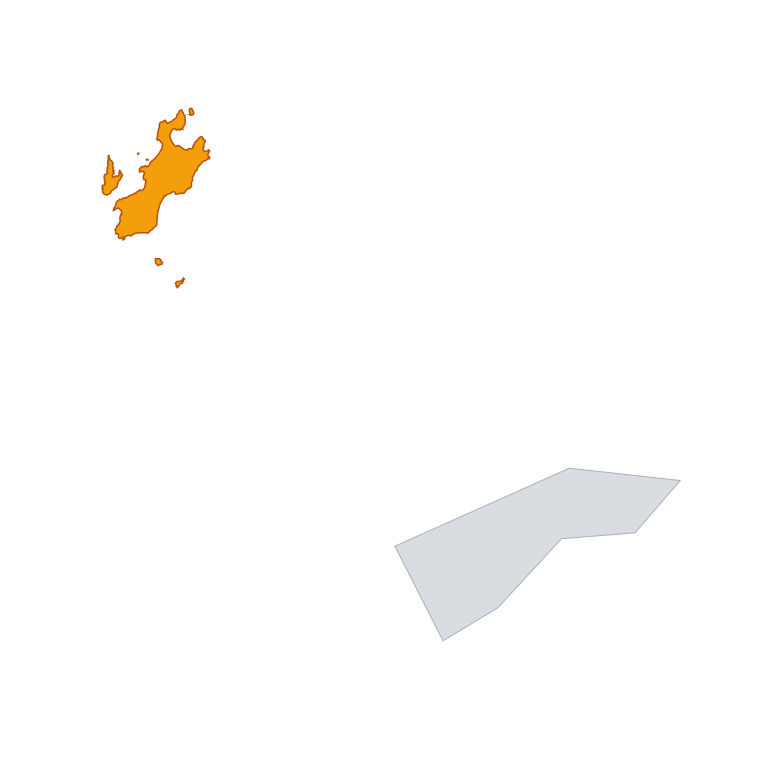 Praslin, Baie Sainte Anne, Seychelles (highlighted), rotated 278°
{"feature_id": "34574756B43978553392406", "entity_name": "Praslin", "entity_type": "district", "adm_level": 2, "iso_a3": "SYC", "parent_name": "Seychelles", "parent_adm1": "Baie Sainte Anne", "projection": "mercator", "projection_center": [55.728, -4.319], "detail": "fine", "context": "in_parent", "style": "filled", "palette": "amber", "viewbox_px": 768, "rotation_deg": 278, "n_neighbors": 0, "source": "geoboundaries", "source_scale": "gbopen_adm2", "svg_char_len": 6166}
<svg xmlns="http://www.w3.org/2000/svg" viewBox="0 0 768 768"><g transform="rotate(278 384 384)"><path d="M326.4,579.2L329.6,690.7L271.6,653.3L255.5,581.3L178.1,527.7L137.9,478.2L224.9,417.4L326.4,579.2Z" fill="#d9dde1" stroke="#a8b0b8" stroke-width="1"/><path d="M518.6,92.0L517.7,91.5L518.7,92.8L519.4,93.1L519.7,93.5L520.5,94.0L520.2,94.4L520.3,94.9L521.2,96.0L521.2,96.4L520.9,97.2L519.2,99.6L517.9,100.3L517.0,100.3L516.2,100.0L515.7,100.4L515.3,100.0L515.1,100.3L513.4,99.3L513.0,99.5L510.5,99.4L508.7,100.4L507.0,99.4L504.9,99.1L503.4,97.5L501.5,97.3L499.3,96.4L499.1,96.1L498.2,96.9L495.6,97.3L495.3,98.1L495.9,98.8L495.5,99.6L494.6,100.4L492.3,100.5L491.3,101.8L491.6,103.1L492.9,104.3L492.8,104.7L491.7,105.9L490.7,105.0L490.4,105.1L490.5,105.6L491.7,106.9L491.8,106.0L492.7,106.1L494.3,107.7L495.0,109.0L496.0,111.9L495.6,112.0L495.5,112.9L496.6,114.2L497.2,114.4L498.9,117.4L500.2,123.2L500.0,123.5L500.5,125.8L500.4,128.8L501.1,129.8L503.0,131.1L505.0,133.2L507.4,134.7L508.5,136.1L510.2,136.9L513.6,136.5L521.6,136.0L524.3,136.2L524.6,136.0L525.1,136.4L531.3,137.2L536.7,139.2L538.8,140.4L539.1,140.2L539.0,140.5L539.4,141.0L541.7,143.2L543.4,146.6L544.0,146.4L544.2,146.6L544.2,147.1L544.8,147.9L545.2,149.0L545.0,150.1L542.9,151.2L543.0,152.3L544.3,155.0L544.3,155.9L544.9,157.0L544.9,157.4L544.6,157.3L544.8,158.7L545.5,159.7L546.3,160.3L547.8,160.7L548.3,161.2L549.2,161.5L550.1,162.8L550.6,163.1L550.4,163.4L550.8,163.7L550.7,164.2L551.5,165.1L553.1,165.8L557.0,165.3L558.7,166.0L559.7,166.0L561.9,165.5L564.3,166.5L568.4,167.5L569.4,169.0L570.1,169.2L570.5,169.0L574.0,170.1L574.2,170.6L575.7,171.2L575.8,171.6L576.7,172.3L577.9,172.8L579.9,174.8L580.7,176.7L583.0,178.1L582.5,178.7L582.6,179.6L584.1,179.9L584.1,179.3L586.9,177.4L587.5,177.6L588.3,178.2L590.5,179.0L591.0,178.4L590.9,177.9L591.4,177.6L590.0,176.1L589.2,174.1L590.9,172.1L591.8,171.8L593.8,172.6L597.1,172.3L598.8,173.1L599.7,173.1L600.6,172.8L600.8,172.5L600.7,171.2L601.7,171.1L601.8,170.6L603.6,169.3L603.2,168.0L601.5,166.2L599.8,165.3L596.6,162.9L596.1,162.7L595.0,162.9L594.7,162.6L594.4,162.9L593.7,162.4L593.7,162.0L592.0,161.7L591.5,162.0L590.8,161.7L590.4,161.1L589.9,157.8L589.1,157.0L588.4,157.2L588.1,156.8L588.5,153.3L591.6,147.5L591.2,146.9L591.4,146.2L590.2,144.9L591.6,142.8L593.2,141.2L596.3,138.8L596.3,139.0L598.3,137.9L600.8,137.1L601.0,137.5L602.3,137.8L605.0,138.1L607.0,139.5L607.5,140.3L607.4,141.8L607.1,141.9L606.7,143.0L607.1,143.3L607.0,143.7L607.3,143.8L607.5,144.4L607.1,145.3L607.6,146.2L607.1,146.5L608.4,147.7L608.2,148.2L608.6,148.8L608.5,149.1L609.1,148.7L609.3,149.1L610.6,149.2L611.4,149.9L611.6,149.7L613.4,150.6L614.7,150.7L616.4,150.3L617.3,150.6L619.2,150.1L619.4,150.5L619.4,149.8L619.8,149.7L621.8,149.7L622.4,149.3L622.8,148.2L625.0,147.4L625.2,146.7L627.3,145.3L626.4,143.9L625.5,143.2L623.5,142.8L622.2,141.7L619.1,141.3L616.6,139.2L616.1,138.2L615.0,137.8L613.1,135.0L612.1,132.6L613.0,132.1L614.7,130.7L614.1,129.3L613.2,129.1L611.9,126.1L610.2,125.5L608.3,125.4L607.5,125.9L603.7,125.1L602.3,125.2L599.9,125.0L596.6,125.2L595.5,124.8L593.7,125.7L593.7,126.2L594.8,127.3L593.7,128.5L592.7,129.0L591.5,131.0L590.5,131.3L586.7,131.4L580.1,128.8L575.7,126.0L571.0,121.8L568.3,121.2L566.2,119.7L566.0,118.5L566.8,118.0L567.0,117.5L566.8,116.9L565.6,115.5L565.6,115.0L565.9,114.7L565.6,113.8L564.8,113.4L564.5,112.9L564.1,113.0L563.2,112.3L561.8,111.9L560.0,112.4L559.9,113.1L561.0,114.4L560.7,115.4L561.0,115.8L559.9,117.5L559.5,117.6L558.9,117.2L558.3,117.4L556.7,116.7L553.2,117.4L552.8,117.9L553.1,119.3L552.0,120.0L544.8,119.6L541.7,117.1L541.5,116.7L542.4,115.2L542.3,114.9L541.6,114.7L539.6,112.3L538.6,111.7L537.8,109.8L537.5,109.8L536.7,108.8L535.2,105.7L533.3,104.0L532.4,102.1L531.9,101.8L532.1,101.2L531.7,99.5L530.3,98.6L529.8,97.7L530.2,96.7L530.0,96.4L528.3,94.9L526.2,93.5L525.3,93.6L522.9,93.2L520.7,92.2L519.6,91.9L518.6,92.0ZM540.1,77.3L539.9,77.8L539.3,78.0L538.1,77.7L538.1,78.4L537.7,78.7L536.1,78.3L533.6,79.4L533.5,80.0L532.7,81.2L532.9,82.1L532.6,83.3L532.8,83.4L533.1,84.3L535.3,86.8L537.0,86.9L538.7,88.5L538.8,89.0L539.3,89.2L540.2,90.2L541.3,91.9L542.1,91.8L543.0,92.3L545.1,92.3L547.9,93.0L548.4,93.2L548.8,93.9L550.5,94.2L550.9,94.8L552.9,95.0L553.2,95.6L553.9,96.0L554.2,95.8L554.0,95.5L554.5,95.6L555.6,95.3L555.8,94.3L556.4,93.6L556.8,93.5L557.0,93.8L557.2,93.6L558.0,93.7L558.0,92.8L557.7,92.6L558.1,92.4L557.1,92.2L556.6,92.6L555.9,92.2L555.1,92.6L553.3,92.5L552.8,91.3L552.5,89.0L551.0,87.4L551.5,86.3L552.0,85.9L552.6,86.0L554.5,86.8L554.9,87.4L556.4,86.0L556.9,86.1L556.9,86.3L557.3,86.0L557.8,86.0L557.9,86.7L558.1,86.4L559.7,85.4L560.3,85.9L561.1,86.0L561.2,85.4L562.4,84.6L563.4,84.8L564.2,85.2L564.8,85.2L567.0,83.3L567.6,81.9L568.4,81.6L569.9,80.3L570.7,80.0L571.9,80.0L571.9,79.4L571.2,79.1L570.6,79.6L569.5,79.3L567.9,79.7L566.7,79.3L566.0,79.8L564.3,79.5L564.0,79.8L564.0,80.1L563.5,80.3L560.8,80.2L559.8,79.7L557.8,80.3L557.3,79.8L556.1,80.3L555.5,80.1L554.9,81.1L554.1,80.8L553.2,79.6L552.5,79.5L552.5,79.0L552.8,78.9L552.3,78.2L550.5,77.9L550.0,78.3L548.0,78.4L546.2,79.2L545.9,79.1L545.7,79.5L545.2,79.5L544.9,80.0L544.4,80.0L543.7,79.6L543.3,80.1L541.9,79.0L541.5,78.4L541.8,78.1L541.5,77.6L540.1,77.3ZM476.2,140.2L472.6,140.8L471.5,141.5L471.2,142.2L470.0,143.3L469.9,144.0L471.4,146.0L471.5,147.3L472.7,147.4L473.5,147.8L473.6,147.0L474.0,146.5L475.2,146.2L475.1,145.8L475.4,145.8L476.7,144.4L476.8,143.1L476.4,142.1L476.4,141.1L476.2,140.2ZM456.6,164.6L455.5,163.7L454.5,163.6L452.5,164.9L451.9,164.6L451.3,165.5L450.7,165.7L450.7,166.2L451.7,166.4L451.9,166.8L452.8,167.1L453.1,167.6L454.7,168.0L455.6,169.6L455.5,170.0L456.3,170.5L458.7,171.0L460.4,171.6L460.4,171.1L461.0,170.6L459.5,170.0L458.5,169.2L457.8,169.3L456.6,164.6ZM629.3,153.3L628.1,152.9L627.5,153.4L626.1,153.5L624.8,154.4L623.9,154.3L623.8,154.0L623.7,154.5L623.3,154.8L623.5,155.4L623.5,156.5L625.1,158.1L626.7,157.3L627.8,157.1L628.0,156.4L629.2,156.0L630.1,155.1L630.0,154.1L629.3,153.3ZM573.1,119.1L573.6,118.8L573.5,118.1L573.2,117.5L572.6,117.9L573.1,119.1ZM578.2,108.1L577.5,108.3L577.8,108.5L577.8,109.1L578.0,109.3L578.4,109.0L578.2,108.1Z" fill="#f59e0b" stroke="#b45309" stroke-width="1.5"/></g></svg>